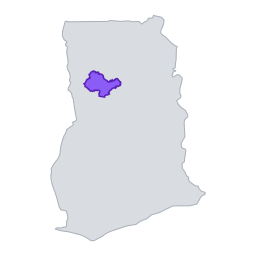 location of West Gonja, Northern, Ghana
{"feature_id": "2480657B54445116346139", "entity_name": "West Gonja", "entity_type": "district", "adm_level": 2, "iso_a3": "GHA", "parent_name": "Ghana", "parent_adm1": "Northern", "projection": "mercator", "projection_center": [-1.753, 9.223], "detail": "fine", "context": "in_parent", "style": "filled", "palette": "violet", "viewbox_px": 256, "rotation_deg": 0, "n_neighbors": 0, "source": "geoboundaries", "source_scale": "gbopen_adm2", "svg_char_len": 6572}
<svg xmlns="http://www.w3.org/2000/svg" viewBox="0 0 256 256"><path d="M161.4,17.2L163.6,19.3L164.1,20.5L163.3,25.1L161.7,28.4L160.7,31.4L160.8,32.9L161.8,34.4L165.2,36.7L166.9,38.3L169.0,40.6L171.3,42.9L175.4,45.8L177.1,46.4L177.0,47.2L176.4,48.3L176.1,59.3L175.7,62.2L175.5,63.6L175.1,67.7L174.7,68.3L173.9,68.3L173.2,68.4L173.0,69.2L173.3,70.1L175.7,70.7L175.2,71.3L173.4,71.9L172.6,73.1L172.9,74.5L171.9,75.6L172.2,76.4L172.9,77.0L173.9,76.8L176.7,74.9L177.9,74.7L179.4,75.1L182.1,77.9L182.2,79.4L181.1,84.2L180.0,87.9L179.8,92.9L181.0,95.7L180.8,97.2L179.6,98.6L176.8,100.5L177.0,101.8L178.3,104.2L180.6,107.0L185.3,110.3L187.7,114.7L187.8,116.5L186.3,118.3L184.7,119.8L184.1,122.1L184.9,136.8L181.2,143.1L181.2,144.9L181.5,147.0L182.5,148.3L184.4,148.7L185.9,149.9L185.4,154.4L184.6,158.9L184.4,161.1L184.0,162.2L182.5,163.0L182.0,164.5L182.4,166.2L182.1,167.5L182.9,169.2L184.5,171.4L187.2,176.6L188.3,177.0L188.7,178.1L188.4,179.2L189.5,181.5L192.4,183.8L195.6,185.9L198.1,186.1L198.7,188.0L200.4,190.3L201.6,191.3L203.5,191.9L205.1,192.3L205.1,194.2L202.3,195.6L200.4,197.6L198.9,200.6L196.9,204.0L189.9,205.8L187.2,205.8L172.8,205.9L159.4,212.5L151.7,214.8L146.9,218.6L140.5,221.2L136.0,224.4L126.7,226.0L111.5,231.0L106.8,233.0L101.9,236.5L94.1,240.6L91.0,240.6L84.9,236.7L80.3,234.8L69.0,231.9L60.6,230.7L56.5,229.5L55.4,229.2L56.3,227.9L58.7,227.8L61.2,228.2L63.0,227.1L65.8,227.0L66.5,225.9L66.7,223.1L66.7,220.9L67.6,219.9L67.9,217.2L66.5,211.4L65.6,210.7L60.7,209.9L60.3,208.7L59.4,207.5L58.5,204.4L57.4,199.9L55.7,194.4L52.4,185.2L51.6,181.9L51.0,178.6L50.9,174.6L51.5,173.2L51.4,171.1L51.1,169.1L53.5,164.4L58.0,158.6L59.0,156.6L59.8,155.1L60.0,153.1L60.8,146.4L63.0,138.3L64.3,135.2L65.3,133.6L66.4,130.9L66.7,129.6L70.9,126.4L72.8,125.6L73.2,124.3L72.6,122.9L72.9,122.0L73.9,121.5L75.4,121.2L76.6,119.9L74.8,109.9L73.3,99.9L73.3,99.0L72.4,97.6L71.6,93.5L70.1,91.1L68.2,90.4L68.2,88.1L70.2,84.3L70.7,82.0L69.7,81.4L69.6,79.6L70.3,76.8L69.9,75.0L69.6,73.2L67.5,68.8L67.0,65.7L68.1,63.9L68.0,59.9L66.9,53.8L66.7,49.9L67.5,48.3L67.1,46.7L65.6,45.3L65.5,43.9L66.8,42.5L66.6,41.4L65.0,40.6L63.6,38.7L62.3,35.7L62.6,30.9L65.0,22.1L65.3,21.3L68.0,21.4L68.0,21.8L76.4,21.7L86.1,21.6L97.6,21.5L108.1,21.4L108.6,21.0L110.3,20.5L120.9,21.4L127.5,20.9L130.3,21.2L132.4,21.8L136.9,21.4L139.4,21.7L141.2,23.9L142.0,23.9L143.0,22.9L144.8,21.9L146.7,21.0L148.0,19.3L148.8,18.0L150.0,18.2L151.8,18.2L152.9,17.1L153.4,15.4L161.4,17.2Z" fill="#d9dde1" stroke="#a8b0b8" stroke-width="1"/><path d="M85.1,86.1L85.1,86.6L85.4,86.7L86.1,87.0L86.3,87.4L86.6,87.6L86.9,87.7L87.1,87.9L87.6,88.1L87.8,88.2L87.8,88.3L88.1,88.4L88.2,88.5L88.3,88.8L88.2,88.9L88.3,89.1L88.4,89.3L88.9,89.6L89.1,89.6L89.3,89.7L89.5,90.0L89.9,90.3L90.1,90.7L90.4,90.8L90.4,91.0L90.8,90.9L91.0,91.0L91.4,90.9L91.6,91.0L91.7,90.9L91.9,91.0L92.0,91.1L92.4,91.4L92.5,91.4L92.7,91.2L92.9,91.4L93.0,91.4L93.0,91.5L93.1,91.3L93.4,90.9L93.6,90.9L93.8,90.5L94.2,90.4L94.3,90.6L94.4,90.4L94.6,90.6L95.0,90.5L95.1,90.2L95.3,90.3L95.7,90.4L95.8,90.3L96.1,90.3L96.1,90.2L96.4,90.2L96.4,90.3L96.6,90.3L96.8,90.5L97.3,90.5L97.5,90.2L98.1,90.3L98.4,90.2L99.0,90.6L99.6,90.8L99.6,91.0L99.9,91.3L99.9,91.5L100.0,91.7L99.7,92.0L99.6,92.3L99.4,92.8L99.1,93.1L99.3,93.2L99.3,93.4L99.2,93.4L99.2,93.6L99.0,94.3L99.1,94.6L99.1,95.1L99.2,95.4L99.2,96.2L104.6,97.1L104.6,96.5L104.9,95.7L105.4,95.3L105.8,95.1L106.0,94.9L106.5,94.9L106.9,94.9L107.1,95.0L107.8,94.8L108.0,94.5L108.5,94.5L108.9,94.3L109.0,94.1L109.1,93.9L109.4,93.8L109.3,93.6L109.1,93.3L109.1,93.1L108.9,93.0L108.9,92.8L108.8,92.7L108.7,92.5L108.5,92.4L108.6,92.2L108.8,92.0L109.1,91.8L109.3,91.7L109.7,91.0L109.8,90.6L110.5,90.2L110.8,90.1L111.0,89.9L111.2,89.5L111.7,89.2L111.9,89.0L112.2,88.7L112.4,88.4L113.0,88.2L113.5,87.9L113.7,88.0L113.9,88.0L114.1,88.0L114.2,87.9L114.4,87.9L114.5,87.6L114.9,87.4L115.0,87.5L115.1,87.4L115.2,87.5L115.3,87.4L115.6,87.5L115.6,87.4L115.7,87.6L115.8,87.4L115.8,87.5L115.9,87.4L116.0,87.4L115.8,86.8L116.3,86.0L116.5,86.1L117.0,86.3L117.3,86.3L117.5,86.5L117.9,86.5L118.3,86.3L118.5,86.1L119.0,85.8L119.3,85.5L119.6,85.4L119.8,85.5L119.9,85.2L120.0,85.5L120.2,85.4L120.5,84.6L120.7,83.9L120.6,83.4L120.7,82.7L120.3,82.6L120.2,82.5L120.2,82.4L120.5,82.2L120.4,81.8L120.1,81.8L119.8,81.6L119.0,80.5L118.7,80.3L118.3,79.9L118.1,79.3L117.8,79.0L117.5,78.9L117.3,78.7L117.0,78.5L116.8,78.6L116.5,78.7L116.4,78.7L116.3,78.8L116.1,78.8L116.1,79.0L116.1,78.9L115.9,78.9L115.7,79.0L115.4,79.2L115.5,79.3L115.3,79.4L115.3,79.6L115.2,79.6L114.9,79.5L115.0,79.6L114.8,79.6L114.8,79.8L114.7,79.9L114.9,80.1L114.6,80.0L114.4,80.3L114.2,80.5L114.0,80.3L113.9,80.4L113.7,80.4L113.6,80.5L113.4,80.7L113.2,80.7L112.9,80.8L112.2,80.6L112.2,80.3L112.0,80.5L111.8,80.5L111.7,80.5L111.8,80.6L111.7,80.7L111.7,80.8L111.6,80.7L111.6,80.8L111.6,81.0L111.5,81.3L111.3,81.3L111.3,81.5L111.2,81.5L111.3,81.4L111.2,81.4L111.2,81.5L110.9,81.6L110.7,81.6L110.6,81.4L110.7,81.5L110.6,81.4L110.4,81.3L110.5,81.2L110.5,81.3L110.5,81.2L110.4,81.1L110.4,80.9L110.3,80.7L110.1,80.7L110.0,80.8L109.9,81.0L109.7,81.1L109.5,81.3L109.4,81.3L109.4,81.2L109.4,81.3L109.2,81.3L109.3,81.3L109.2,81.5L109.4,81.6L109.1,81.7L109.1,81.8L108.9,82.2L108.6,82.2L108.5,81.9L108.3,81.9L108.2,81.8L108.1,81.7L108.0,81.8L107.9,81.7L107.7,81.5L107.7,81.3L107.3,80.9L107.1,80.8L106.9,80.6L106.6,80.5L106.3,80.4L106.1,80.1L105.3,79.7L104.8,79.2L104.4,79.1L104.1,78.9L104.1,78.7L103.9,78.4L103.6,78.2L103.6,77.9L103.5,77.6L103.5,77.4L103.4,77.4L103.2,77.1L103.4,76.9L103.4,76.5L103.3,76.0L103.1,75.8L102.9,75.5L102.7,75.3L102.4,74.8L102.1,74.5L101.7,74.3L99.6,74.3L99.6,74.2L99.4,74.2L99.5,73.9L99.4,73.9L98.8,73.9L98.8,73.7L98.5,73.6L98.5,73.4L98.5,73.2L98.8,73.0L98.8,72.9L98.6,72.8L98.6,72.4L98.4,72.2L98.1,72.2L97.5,72.5L97.3,72.1L97.2,72.1L96.8,72.3L96.7,72.3L96.6,72.7L96.2,72.6L96.0,72.8L95.8,72.8L95.6,72.8L95.5,72.4L95.3,72.3L95.3,71.7L94.9,71.7L94.7,71.5L94.3,71.5L94.0,71.4L93.8,71.1L93.7,71.2L93.5,71.4L93.4,71.3L93.1,71.3L93.0,71.5L92.7,71.4L92.7,71.5L92.1,71.7L91.9,71.9L91.1,72.1L90.9,72.4L90.7,72.8L90.5,73.1L90.5,73.3L90.4,73.3L90.4,73.6L90.0,73.8L89.9,74.1L89.1,74.4L89.2,74.6L89.3,75.2L89.4,75.6L89.4,75.9L89.5,76.1L89.6,76.4L89.7,76.7L89.7,76.9L89.6,77.1L89.8,77.5L89.7,77.7L89.9,77.7L90.1,78.1L89.9,78.4L89.6,78.4L89.4,78.3L89.2,78.3L88.9,78.3L88.7,78.5L88.4,78.5L88.1,78.8L88.0,79.1L87.9,79.3L87.7,79.3L87.2,79.4L87.2,79.6L86.8,79.8L86.5,80.1L86.5,80.5L85.3,82.7L85.1,82.8L84.9,83.1L84.8,83.3L84.5,83.5L84.0,83.7L84.2,83.9L84.4,83.9L84.8,84.1L84.9,84.6L84.8,84.9L84.9,85.2L85.0,85.5L85.2,85.8L85.1,86.1Z" fill="#8b5cf6" stroke="#5b21b6" stroke-width="1.5"/></svg>